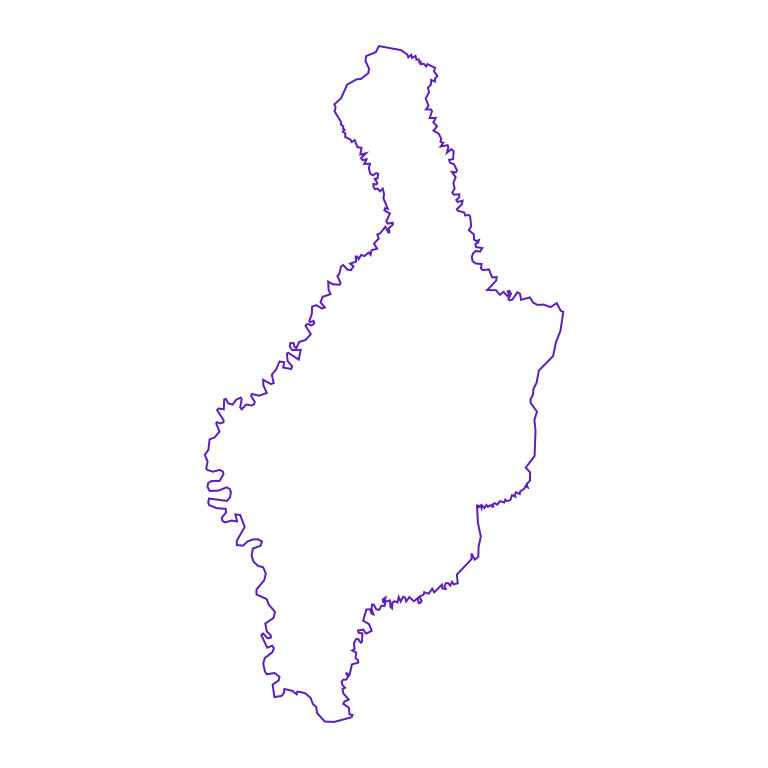 outline of Tenesolo, Thaba-Tseka, Lesotho
{"feature_id": "5366337B90416114409115", "entity_name": "Tenesolo", "entity_type": "district", "adm_level": 2, "iso_a3": "LSO", "parent_name": "Lesotho", "parent_adm1": "Thaba-Tseka", "projection": "equal_earth", "projection_center": [28.295, -29.389], "detail": "fine", "context": "isolated", "style": "outline", "palette": "violet", "viewbox_px": 768, "rotation_deg": 0, "n_neighbors": 0, "source": "geoboundaries", "source_scale": "gbopen_adm2", "svg_char_len": 6093}
<svg xmlns="http://www.w3.org/2000/svg" viewBox="0 0 768 768"><path d="M530.0,480.6L530.1,472.4L525.7,467.7L534.6,455.9L535.5,430.9L534.4,419.9L537.0,411.7L530.7,403.1L530.5,399.6L533.0,394.5L533.4,389.0L536.6,382.7L538.9,370.5L553.1,356.1L556.0,342.0L560.4,331.0L563.3,311.8L560.8,310.9L556.7,303.1L550.7,307.1L543.6,304.6L537.5,304.9L533.2,302.6L529.7,297.4L521.1,299.9L520.0,293.8L517.4,292.2L512.4,299.6L509.8,300.4L508.3,299.0L511.0,293.8L509.3,290.8L507.7,291.4L508.9,294.6L507.3,296.0L503.5,291.8L499.9,294.8L495.9,290.2L487.3,290.0L496.2,280.6L496.7,277.1L492.1,277.4L489.0,269.4L483.0,270.1L480.9,268.5L481.6,264.0L476.0,263.6L472.5,261.1L471.8,256.7L473.3,253.1L475.9,250.9L480.1,251.6L482.3,248.1L476.1,247.1L475.4,244.0L478.1,242.6L478.9,240.1L476.0,241.1L474.0,239.5L473.9,234.4L468.9,230.3L471.2,226.3L470.1,216.4L468.9,215.0L465.0,215.4L464.4,212.6L457.9,210.8L456.8,209.2L461.8,204.4L462.6,200.7L457.5,201.9L456.3,200.0L459.3,197.1L459.3,194.3L453.8,194.7L452.3,192.7L454.6,188.6L453.4,182.9L455.7,177.3L451.9,171.9L455.8,172.5L457.0,170.2L453.9,164.2L449.9,162.6L449.1,159.8L453.1,159.2L453.7,151.2L451.2,149.2L446.9,152.8L448.3,147.3L447.6,145.2L440.7,146.5L443.3,142.8L440.5,141.9L441.2,138.7L438.8,133.8L433.5,130.6L437.0,126.3L433.4,122.4L435.7,117.9L429.7,118.1L432.0,111.1L430.7,109.4L426.0,109.4L428.5,105.7L425.7,98.4L429.0,92.5L428.0,87.5L430.9,84.8L431.2,79.9L434.9,81.6L435.1,78.4L437.4,76.0L434.0,71.4L435.1,67.9L427.4,64.1L426.2,66.5L423.7,63.7L420.7,64.3L420.7,61.9L419.4,62.4L418.8,59.4L416.4,59.7L415.5,55.9L412.1,57.9L411.2,54.8L408.3,57.3L407.2,54.4L400.9,50.1L379.0,46.1L375.7,52.2L366.0,56.2L365.5,61.1L369.0,68.5L368.4,73.1L360.9,79.0L356.6,79.3L347.2,84.6L341.0,98.3L334.4,104.3L335.6,107.2L334.6,111.4L341.1,122.0L340.9,124.5L343.3,126.2L343.1,128.8L344.6,129.7L342.9,131.6L345.3,133.5L345.2,137.0L350.3,139.5L351.8,142.0L354.7,140.2L357.5,147.2L361.5,147.8L360.3,154.6L366.0,153.2L361.1,158.1L362.4,160.1L366.5,159.3L364.3,163.9L370.0,163.7L368.8,168.2L370.3,173.9L372.9,175.3L376.2,173.1L378.2,173.8L377.5,178.4L374.8,178.8L377.3,183.1L376.3,184.5L373.4,184.0L373.5,186.9L374.9,189.2L377.5,188.6L380.0,191.3L382.7,188.6L384.1,194.1L383.4,198.2L387.8,208.8L385.0,208.3L384.4,210.4L389.9,213.4L386.3,221.4L387.7,223.6L392.7,222.8L392.7,224.9L388.7,228.2L389.5,232.0L388.4,232.6L385.4,226.7L380.1,233.4L377.3,234.5L378.7,238.7L374.0,243.5L377.1,248.7L371.5,250.3L370.6,254.8L368.8,252.4L364.3,256.1L361.2,254.9L358.6,259.2L357.2,256.5L355.7,256.6L356.1,261.5L350.2,263.7L353.5,266.3L350.9,270.2L347.5,269.7L343.2,265.0L341.0,266.6L339.3,273.9L337.4,276.0L340.5,282.8L339.8,284.7L332.9,284.3L328.2,281.6L328.6,289.7L330.5,294.2L322.6,296.8L320.5,302.4L324.8,307.4L322.0,308.5L316.3,305.2L312.1,306.6L311.8,314.1L309.3,320.9L310.2,322.2L313.5,320.9L314.2,323.5L311.6,325.5L307.4,323.9L305.5,325.8L310.8,334.2L305.3,340.1L299.4,341.8L296.3,347.9L294.7,347.4L293.7,343.2L290.3,343.1L289.8,346.8L292.3,350.1L300.7,349.8L298.7,359.6L288.4,352.9L286.9,353.5L287.7,361.2L292.1,366.3L291.2,369.0L283.2,367.5L284.1,362.2L279.5,361.5L276.2,369.3L271.8,374.7L273.7,383.0L271.0,384.1L263.2,379.8L263.3,385.2L266.8,392.9L259.1,395.7L251.9,394.0L251.1,396.0L254.7,401.7L254.2,404.1L251.9,405.5L246.1,404.6L241.7,409.3L240.2,407.4L241.7,399.3L240.8,397.6L236.2,399.7L232.5,404.7L228.1,403.2L225.9,398.9L224.2,399.5L223.8,409.3L218.4,408.5L217.1,410.1L223.5,420.1L223.5,422.3L220.5,423.4L216.7,422.3L216.2,423.5L219.5,431.5L214.6,437.5L209.6,439.3L208.4,449.9L204.7,454.8L207.6,461.4L206.2,468.5L207.2,469.9L213.0,471.7L219.7,469.9L222.8,471.6L223.5,474.1L219.6,480.9L211.7,481.0L208.1,483.1L207.5,486.9L209.6,490.9L218.2,490.7L226.7,487.3L229.6,489.0L231.0,492.0L229.8,497.7L226.9,500.9L209.0,498.5L208.2,502.3L209.2,505.1L216.7,508.2L225.7,508.8L226.1,512.4L221.7,517.8L222.6,521.0L225.0,522.4L231.6,520.6L237.1,521.4L235.4,514.4L240.2,515.0L244.7,527.0L236.8,540.7L236.8,545.1L243.1,545.6L247.7,541.3L253.3,539.4L258.0,539.3L262.0,541.4L260.5,545.8L252.9,548.5L251.6,555.3L253.5,561.7L258.1,565.9L263.2,567.3L265.8,573.7L264.2,580.3L256.5,589.4L256.5,594.5L266.7,599.1L268.6,604.4L275.0,611.9L273.5,618.0L265.3,623.5L266.7,631.2L270.7,635.3L270.9,637.5L267.5,638.3L263.2,633.5L261.3,635.0L267.2,647.7L272.2,645.7L273.9,648.4L272.3,652.3L264.9,657.9L263.2,663.4L264.9,671.5L266.8,674.3L274.6,673.0L279.5,676.8L278.6,680.6L272.6,684.6L274.5,697.1L281.6,695.9L284.0,692.8L284.4,689.0L292.2,690.8L296.6,694.3L297.4,691.6L302.1,692.4L305.8,693.6L310.6,697.9L313.0,704.2L316.3,707.0L317.0,713.0L324.9,721.6L334.3,721.9L351.6,717.2L352.5,714.9L349.5,714.4L348.8,707.6L343.3,703.9L344.4,701.6L348.7,699.6L343.3,693.3L342.5,689.0L345.1,687.8L342.3,684.9L341.6,681.6L343.2,679.7L346.1,679.7L348.1,676.8L345.9,672.7L349.5,675.1L351.9,664.4L358.3,662.6L358.1,660.3L355.5,658.1L356.3,652.5L352.2,650.5L354.5,649.1L354.0,642.9L356.3,638.9L358.3,639.2L360.7,642.7L362.0,641.7L362.4,633.4L358.5,632.7L358.0,630.5L363.2,629.6L366.1,633.6L371.7,630.8L369.0,624.1L363.2,620.7L366.4,609.4L370.2,609.4L371.6,613.6L373.4,614.4L371.6,609.0L371.9,604.6L373.8,604.7L376.2,609.2L379.1,609.9L381.4,605.6L384.5,606.1L385.2,603.2L383.1,601.9L382.7,599.6L385.5,597.6L384.8,601.7L390.0,600.5L390.5,606.9L392.0,608.3L392.5,602.4L394.8,601.2L397.5,602.5L398.7,597.0L400.8,601.5L403.1,596.8L404.9,597.4L406.2,601.3L409.3,597.1L413.9,601.3L417.8,598.0L418.6,602.9L419.9,603.1L421.7,601.0L419.4,596.8L423.8,594.5L424.2,592.2L428.7,593.7L432.2,588.7L434.2,592.3L441.9,584.7L442.4,588.5L445.7,588.9L444.5,585.8L445.9,583.2L448.1,583.1L450.2,585.6L452.0,581.8L453.7,584.4L457.7,583.3L456.9,574.6L471.6,559.0L471.5,553.4L474.8,559.6L478.3,556.8L478.6,546.6L480.8,536.6L477.9,522.7L477.0,505.4L478.6,505.7L478.6,507.2L480.8,505.4L481.6,508.3L482.4,505.8L484.5,508.0L486.3,504.9L487.9,506.9L490.1,505.3L492.6,506.8L493.4,506.4L492.2,504.8L494.7,503.1L497.1,504.7L500.1,501.1L504.2,502.5L505.3,499.6L506.9,501.1L510.3,500.1L512.0,495.1L515.3,496.6L514.7,494.6L516.0,492.2L519.7,494.1L520.3,491.3L524.4,488.7L525.6,486.0L527.7,487.3L526.6,484.1L530.0,480.6Z" fill="none" stroke="#5b21b6" stroke-width="2"/></svg>